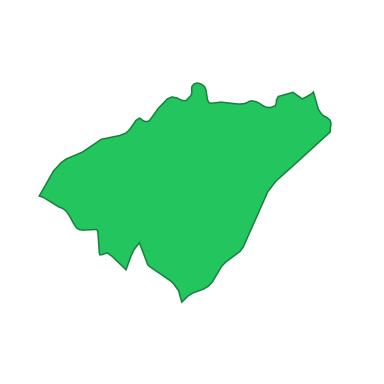 map outline of Otdar Mean Chey (Equal Earth projection), rotated 348°
{"feature_id": "KHM-1782", "entity_name": "Otdar Mean Chey", "entity_type": "Province", "adm_level": 1, "iso_a3": "KHM", "parent_name": "Cambodia", "parent_adm1": "", "projection": "equal_earth", "projection_center": [103.537, 14.166], "detail": "fine", "context": "isolated", "style": "filled", "palette": "green", "viewbox_px": 384, "rotation_deg": 348, "n_neighbors": 0, "source": "natural_earth", "source_scale": "10m", "svg_char_len": 1474}
<svg xmlns="http://www.w3.org/2000/svg" viewBox="0 0 384 384"><g transform="rotate(348 192 192)"><path d="M219.4,86.4L222.2,87.5L224.5,89.4L226.3,91.9L226.9,95.7L226.3,104.7L227.2,108.2L229.3,109.2L239.0,110.1L255.5,115.6L260.9,116.4L264.6,116.0L266.9,115.2L269.3,115.2L273.3,116.9L276.4,119.3L279.2,122.2L282.3,124.6L286.5,125.7L291.5,124.9L292.9,122.7L293.7,119.6L296.3,116.5L311.5,115.5L319.3,123.9L329.0,121.0L331.6,119.4L331.6,120.3L332.8,137.3L333.9,140.3L335.6,143.8L339.4,147.2L341.8,150.1L342.3,152.4L342.0,154.8L341.0,157.2L339.7,162.0L296.1,187.5L276.8,198.5L266.2,207.5L230.6,256.6L226.6,260.1L210.7,267.4L205.6,270.8L193.4,284.0L188.9,287.3L183.3,289.3L172.2,290.9L166.9,292.7L159.1,297.6L158.3,285.6L154.5,277.1L152.4,274.4L135.5,256.6L133.8,254.4L133.5,253.3L130.0,230.7L123.3,236.3L119.3,241.5L111.3,254.4L100.2,238.0L96.6,234.2L95.7,234.1L93.2,234.2L91.9,234.5L90.4,234.6L88.8,234.3L88.7,232.1L91.4,213.2L91.5,211.5L91.3,209.5L90.6,208.8L77.0,206.5L74.0,205.4L72.4,204.0L71.4,202.8L69.6,198.2L67.2,189.9L64.9,184.5L63.4,182.6L61.9,181.1L58.8,179.1L45.5,166.4L41.7,164.2L60.9,142.6L70.2,136.0L75.9,133.5L93.0,130.2L105.6,125.1L114.1,121.6L133.2,121.7L139.3,120.7L144.2,117.8L152.0,110.3L156.1,108.8L157.1,109.7L158.6,111.6L160.8,113.3L163.7,113.8L165.8,112.8L176.5,103.1L187.3,95.8L192.1,94.8L197.1,97.0L200.9,100.2L205.0,101.4L210.9,97.5L212.6,94.5L213.0,91.5L213.9,88.7L216.6,86.7L219.4,86.4Z" fill="#22c55e" stroke="#15803d" stroke-width="1.5"/></g></svg>